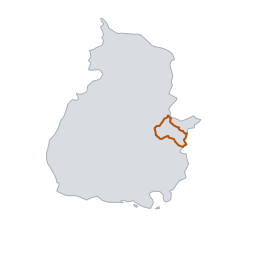 Cambodia, with Prey Vêng highlighted, rotated 297°
{"feature_id": "KHM-1790", "entity_name": "Prey Vêng", "entity_type": "Province", "adm_level": 1, "iso_a3": "KHM", "parent_name": "Cambodia", "parent_adm1": "", "projection": "orthographic", "projection_center": [105.494, 11.354], "detail": "medium", "context": "in_parent", "style": "outline", "palette": "amber", "viewbox_px": 256, "rotation_deg": 297, "n_neighbors": 0, "source": "natural_earth", "source_scale": "10m", "svg_char_len": 4333}
<svg xmlns="http://www.w3.org/2000/svg" viewBox="0 0 256 256"><g transform="rotate(297 128 128)"><path d="M213.4,53.9L213.9,55.8L212.6,59.4L211.1,62.6L208.3,65.5L208.2,67.6L207.3,73.8L207.7,75.8L208.3,77.5L209.2,78.4L211.7,84.5L214.0,90.1L216.2,94.6L216.6,97.5L214.7,104.9L212.4,111.6L212.6,115.0L213.7,118.3L214.8,122.8L215.2,128.5L214.7,132.2L213.6,134.6L211.6,137.0L209.8,138.2L207.7,136.2L206.0,136.1L203.7,136.7L201.9,137.7L198.3,141.2L194.3,144.6L188.7,145.5L186.5,148.0L184.2,148.4L179.7,148.5L176.8,149.1L177.0,150.4L176.8,156.4L176.8,157.8L176.4,158.1L174.4,158.3L171.0,157.4L166.4,155.9L163.1,155.7L161.4,158.3L160.4,159.3L159.2,159.5L157.9,160.0L157.4,161.1L157.3,162.6L158.0,165.1L158.2,169.0L158.0,171.7L159.3,173.4L166.3,179.2L168.4,180.6L168.6,181.4L167.4,184.6L168.5,188.9L166.3,188.9L162.6,187.0L160.8,185.8L158.7,186.8L158.0,186.6L156.5,184.4L154.6,182.2L152.7,182.1L148.6,183.0L144.4,183.6L142.8,183.6L142.2,184.0L139.7,187.2L138.7,186.7L134.5,185.4L130.6,184.9L129.8,185.8L130.3,188.5L131.1,191.1L130.6,192.2L128.5,193.5L125.7,196.0L124.0,197.9L122.8,198.4L118.5,198.3L114.3,198.5L112.5,200.3L110.9,201.8L109.6,202.1L104.0,197.6L93.0,196.0L91.8,194.0L90.7,193.6L89.7,196.2L83.6,198.6L81.1,197.1L79.3,195.3L79.6,193.1L81.3,191.3L84.3,190.0L85.8,185.5L83.5,179.7L81.5,178.0L79.4,176.6L77.2,178.7L75.3,182.4L73.3,184.3L70.5,184.7L66.5,184.5L65.0,179.0L64.5,174.3L65.1,168.9L65.7,165.7L61.9,161.2L61.7,157.0L59.8,154.8L59.3,155.9L59.3,157.1L58.8,156.2L52.8,143.8L51.8,138.1L52.9,133.7L53.5,132.2L51.8,129.9L49.4,127.2L45.0,123.7L44.8,118.3L43.9,111.8L42.6,109.6L40.7,105.7L39.6,102.4L39.4,93.7L39.9,93.0L43.0,92.8L47.0,92.2L47.6,90.8L46.9,89.6L49.5,87.7L53.2,83.4L56.0,78.9L58.1,76.1L59.3,73.3L63.4,69.3L69.1,66.6L72.9,66.0L76.9,65.1L80.7,63.8L82.5,63.7L87.2,65.3L89.8,65.8L92.5,65.7L95.2,65.9L97.7,65.8L103.5,64.7L109.6,65.6L115.1,64.9L121.9,63.6L125.2,64.5L128.3,65.8L128.7,68.4L129.4,69.6L130.4,70.5L131.7,70.5L133.5,68.7L134.9,66.8L135.4,66.5L135.5,67.4L136.2,69.5L137.5,71.5L138.8,72.8L141.0,74.6L142.4,74.7L147.0,73.0L154.0,75.5L154.8,76.7L157.1,79.2L159.5,81.0L165.0,81.1L166.9,76.7L166.0,74.0L162.9,69.3L162.0,66.6L163.0,66.1L168.2,65.5L169.1,65.0L170.2,62.0L171.7,62.3L174.6,62.7L177.6,60.6L179.4,58.4L180.4,59.4L181.5,60.9L182.7,61.8L184.9,63.1L187.4,64.9L188.9,66.8L190.1,67.4L193.2,66.9L194.1,67.0L195.9,64.8L197.1,63.6L198.2,63.9L199.8,63.9L203.0,61.1L204.8,58.5L205.8,57.8L208.8,59.1L209.9,58.8L211.6,55.3L213.4,53.9ZM62.9,171.7L62.3,172.0L61.8,172.0L61.2,171.5L61.3,169.5L61.7,168.3L62.7,168.1L62.9,171.7ZM72.0,191.3L70.8,192.7L68.8,189.9L68.8,189.1L72.0,191.3Z" fill="#d9dde1" stroke="#a8b0b8" stroke-width="1"/><path d="M156.8,159.7L156.7,159.8L156.3,160.3L155.9,160.9L155.8,161.6L155.9,161.8L155.7,161.9L155.6,162.0L155.3,162.0L155.1,162.1L154.5,162.1L154.3,162.1L154.2,162.1L153.9,162.4L153.0,162.5L152.8,162.6L152.6,162.8L152.5,163.0L152.0,164.1L151.6,166.3L151.3,167.0L151.2,167.4L151.1,167.6L151.1,167.8L151.1,170.6L151.3,172.3L151.4,172.6L151.5,172.9L151.5,173.1L150.9,173.0L150.7,173.1L150.5,173.5L150.2,173.7L150.2,173.8L150.0,174.8L149.9,175.1L149.7,175.4L149.7,175.7L149.7,176.2L150.0,177.6L150.1,177.9L150.2,178.0L150.3,178.1L150.3,178.3L150.2,178.6L150.0,178.9L149.6,179.3L149.4,179.6L149.4,179.8L149.2,181.0L149.0,181.5L149.4,181.9L149.7,182.3L150.0,182.9L145.1,183.9L144.8,183.9L144.1,183.5L143.1,183.2L142.5,183.5L141.2,185.1L140.2,187.1L139.8,187.4L139.3,187.3L138.2,186.2L137.6,185.9L136.1,185.6L135.6,182.1L135.6,181.1L135.8,180.1L136.6,178.3L137.1,176.5L137.5,175.8L138.6,174.6L138.9,173.8L138.9,172.9L138.2,170.1L138.0,168.6L138.3,168.4L139.0,167.9L139.1,167.2L138.8,166.8L138.3,166.5L135.8,164.4L134.1,163.5L133.9,163.3L133.7,163.1L133.1,161.9L133.0,161.7L132.9,161.3L133.6,160.0L133.7,159.5L133.7,159.4L133.6,159.1L133.5,158.8L133.5,158.5L133.5,158.4L133.6,158.2L134.2,157.3L134.4,157.0L134.4,156.8L134.4,156.5L134.4,156.4L134.3,156.1L137.0,154.3L138.3,153.1L138.6,152.8L139.2,152.3L139.6,152.1L139.9,152.0L140.2,151.9L140.9,152.0L142.9,152.8L143.4,153.6L143.8,154.5L144.0,154.9L144.1,155.0L144.3,155.0L144.6,155.2L144.9,155.3L146.1,155.4L150.3,156.1L152.7,156.1L153.7,157.0L154.5,157.7L154.8,157.8L155.0,157.9L155.3,158.0L155.7,158.1L155.8,158.1L157.0,157.9L157.2,158.0L157.3,158.2L157.2,158.7L156.9,159.6L156.8,159.7Z" fill="none" stroke="#b45309" stroke-width="2"/></g></svg>